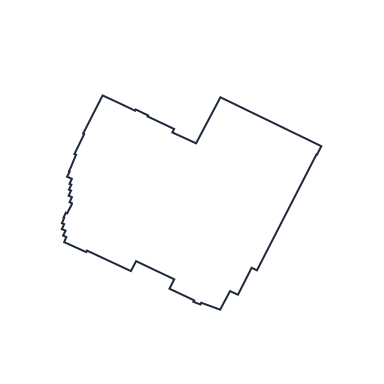 Olavarría, Buenos Aires, Argentina, rotated 161°
{"feature_id": "61730980B42812082725449", "entity_name": "Olavarría", "entity_type": "district", "adm_level": 2, "iso_a3": "ARG", "parent_name": "Argentina", "parent_adm1": "Buenos Aires", "projection": "robinson", "projection_center": [-60.4, -36.859], "detail": "fine", "context": "isolated", "style": "outline", "palette": "slate", "viewbox_px": 384, "rotation_deg": 161, "n_neighbors": 0, "source": "geoboundaries", "source_scale": "gbopen_adm2", "svg_char_len": 933}
<svg xmlns="http://www.w3.org/2000/svg" viewBox="0 0 384 384"><g transform="rotate(161 192 192)"><path d="M54.8,193.2L134.3,272.3L136.4,270.3L172.3,236.7L191.2,254.7L188.4,257.4L209.4,277.9L208.6,278.7L218.3,288.3L219.3,287.4L238.7,306.3L245.1,312.4L275.9,282.7L275.1,281.9L290.8,266.1L289.5,265.0L297.5,256.0L297.7,255.6L301.7,251.6L301.1,251.0L305.2,247.1L301.3,243.6L305.2,239.5L303.7,238.2L307.6,234.3L305.9,232.7L309.9,228.7L307.2,226.2L311.1,222.2L309.2,220.6L309.3,219.9L312.9,216.3L313.0,216.4L316.9,212.5L318.0,213.5L321.8,209.6L321.3,209.1L325.2,204.8L323.3,203.2L327.2,199.3L324.1,196.6L328.1,192.8L325.5,190.3L329.2,186.2L311.6,169.6L310.4,170.8L298.5,159.3L298.4,159.2L275.5,137.1L267.4,144.8L237.2,115.2L244.8,107.9L225.2,88.8L226.4,87.7L220.6,82.9L219.4,84.3L203.7,71.6L188.3,85.9L182.0,79.9L160.3,100.9L156.1,96.8L87.1,163.0L62.2,186.9L61.8,186.5L54.8,193.2Z" fill="none" stroke="#1e293b" stroke-width="2"/></g></svg>